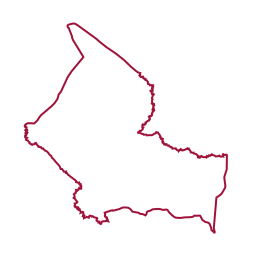 outline of Non Daeng, Nakhon Ratchasima, Thailand, rotated 96°
{"feature_id": "78962969B77255700381962", "entity_name": "Non Daeng", "entity_type": "district", "adm_level": 2, "iso_a3": "THA", "parent_name": "Thailand", "parent_adm1": "Nakhon Ratchasima", "projection": "robinson", "projection_center": [102.541, 15.454], "detail": "fine", "context": "isolated", "style": "outline", "palette": "rose", "viewbox_px": 256, "rotation_deg": 96, "n_neighbors": 0, "source": "geoboundaries", "source_scale": "gbopen_adm2", "svg_char_len": 5939}
<svg xmlns="http://www.w3.org/2000/svg" viewBox="0 0 256 256"><g transform="rotate(96 128 128)"><path d="M72.1,121.6L71.7,123.8L70.4,126.1L66.8,131.4L60.8,139.1L55.2,147.9L50.0,157.7L44.8,165.9L42.7,168.7L31.5,188.1L30.0,191.1L29.7,193.1L31.0,197.0L32.1,198.7L32.7,198.8L34.0,198.4L34.6,197.9L34.8,197.3L42.7,193.3L44.6,192.8L46.5,191.7L60.7,180.8L62.2,179.8L77.3,189.9L83.7,193.3L98.4,198.3L100.6,199.5L101.7,200.4L106.5,201.2L110.8,203.5L114.3,206.3L124.2,215.7L126.3,217.1L130.2,219.1L133.3,221.8L133.5,226.6L133.8,228.4L135.3,230.4L135.8,230.2L136.7,230.9L137.3,230.9L137.6,230.6L137.7,229.3L138.2,228.9L138.9,229.2L140.1,229.1L140.7,229.9L141.0,229.9L141.1,229.3L140.3,228.5L140.3,228.1L140.8,227.9L141.4,228.2L141.8,229.2L142.5,229.0L143.2,227.5L144.4,228.1L144.3,229.4L144.7,229.3L145.1,228.6L145.5,228.4L146.0,228.6L146.7,229.6L148.1,229.2L148.1,227.7L148.3,227.3L148.9,228.0L150.3,228.3L150.7,227.6L150.8,226.3L152.0,225.5L152.5,224.4L153.3,224.5L154.3,222.8L154.2,222.2L154.8,221.6L154.0,220.6L153.9,219.3L152.6,218.7L152.4,218.1L155.0,216.0L155.3,215.1L156.1,215.0L156.2,212.4L157.3,211.8L157.2,210.3L157.9,209.9L158.3,209.0L159.0,208.5L159.7,206.3L161.0,204.7L162.8,203.2L163.8,201.4L165.4,200.7L166.5,199.1L169.6,196.0L172.5,192.6L173.9,191.6L175.8,190.7L175.7,189.3L178.2,187.0L177.8,185.0L179.2,185.0L179.2,184.0L180.9,182.6L181.3,181.4L182.1,180.7L183.1,178.8L185.6,174.7L186.2,174.1L187.3,174.0L187.2,172.9L187.7,172.0L187.3,170.8L188.8,170.5L188.7,169.3L189.3,169.2L189.8,168.7L190.5,169.3L191.2,168.3L191.5,168.4L191.6,169.0L192.1,169.2L192.4,169.0L192.6,168.3L193.1,168.1L193.4,168.4L193.0,170.6L193.3,170.8L194.4,170.7L195.5,171.7L195.5,172.1L195.0,172.7L195.0,173.2L196.4,172.6L197.1,173.3L198.2,173.2L198.8,174.5L199.6,175.0L200.4,174.3L202.0,173.8L202.8,173.9L202.9,174.6L203.2,174.8L204.4,172.8L205.4,172.2L206.7,170.7L207.2,170.7L208.5,172.2L208.7,173.1L210.3,172.5L210.9,173.0L211.5,172.9L212.2,172.1L212.2,171.2L213.2,170.4L213.0,170.1L212.0,170.0L212.2,169.1L213.9,169.5L214.6,168.7L213.7,168.2L213.7,167.6L215.4,166.9L216.3,165.9L217.3,166.2L217.0,165.5L216.2,164.6L216.4,163.7L217.9,163.5L218.4,163.2L219.4,163.6L219.6,163.3L219.3,162.5L219.5,162.3L220.7,163.5L221.3,162.4L222.3,162.3L220.7,159.9L221.3,157.6L220.1,157.5L219.2,157.0L219.2,155.8L220.0,154.8L219.4,153.9L219.9,152.9L220.4,152.5L220.6,149.9L220.9,149.2L221.3,149.1L222.7,149.7L223.4,149.6L224.1,148.4L224.1,146.9L225.2,147.3L225.4,146.2L226.2,145.6L226.3,144.9L225.6,144.5L224.5,144.5L223.5,143.7L223.4,142.4L222.7,139.9L222.9,138.0L222.0,138.6L221.2,138.6L220.6,139.7L219.8,139.4L219.1,139.7L219.1,140.7L218.4,141.1L218.3,141.7L217.3,141.9L216.6,141.6L215.6,142.0L215.1,141.8L214.6,142.2L211.8,136.1L211.5,135.1L211.8,134.9L211.6,133.7L209.6,128.3L208.1,125.8L207.4,124.0L207.2,119.7L208.3,117.3L209.2,116.2L210.7,115.0L211.2,108.6L212.1,107.2L212.1,104.3L213.1,101.5L211.8,100.7L209.6,100.4L208.9,99.9L208.0,97.3L206.3,95.0L205.3,89.8L205.3,87.3L205.8,85.0L205.1,81.1L205.5,80.0L207.6,78.3L210.2,75.0L211.6,72.7L212.2,71.0L212.0,66.6L211.0,62.5L210.1,56.2L209.4,54.0L208.2,52.9L208.1,50.6L207.6,47.4L208.0,46.8L211.8,44.3L212.5,42.7L213.2,41.8L213.9,38.0L215.1,36.6L219.2,34.6L220.8,34.3L222.9,31.3L223.7,31.0L222.2,30.9L219.4,32.0L218.2,32.2L187.9,32.8L185.0,29.3L183.7,28.2L181.5,27.0L177.0,25.1L174.5,25.3L167.7,27.0L166.2,27.0L158.8,25.5L144.7,26.8L144.2,27.3L145.0,30.0L144.1,30.3L144.1,30.8L144.4,30.9L145.3,30.5L145.7,30.7L146.4,30.4L146.2,31.3L146.9,32.5L146.7,33.3L145.9,34.2L146.6,35.4L147.1,37.8L146.2,39.4L146.0,41.2L145.4,41.9L145.8,42.4L146.4,42.6L146.5,43.3L147.1,43.6L146.8,44.7L147.9,45.2L147.6,46.7L147.8,46.8L148.4,46.4L149.2,46.8L148.9,47.9L149.1,50.0L149.0,51.2L148.5,51.5L148.2,52.1L148.6,52.8L148.8,53.7L149.8,53.3L150.1,53.5L150.1,54.0L149.8,54.4L149.9,55.4L148.1,55.6L147.9,56.2L146.8,57.5L146.5,59.7L145.6,60.2L146.0,61.5L145.5,62.5L145.6,63.1L144.7,63.3L143.3,64.5L143.0,65.2L142.2,65.3L142.4,66.1L141.9,66.6L142.0,66.9L142.8,67.4L142.8,68.0L143.7,69.1L144.6,71.3L144.6,72.0L143.7,72.6L143.5,73.5L144.4,73.8L144.4,74.3L145.7,75.1L145.0,75.4L145.0,76.8L144.1,77.5L144.0,78.1L143.3,78.4L143.3,79.3L143.9,81.7L142.6,82.4L142.3,83.0L142.6,83.5L142.0,84.4L142.0,85.0L141.0,85.6L141.3,86.9L140.7,87.7L140.1,87.9L140.1,89.1L140.7,89.2L140.5,90.4L139.9,90.5L139.0,91.1L139.1,92.0L137.8,92.5L137.5,92.5L137.4,92.0L137.0,92.3L135.2,92.2L135.3,93.9L134.6,93.7L134.0,95.0L133.4,94.7L132.9,94.8L132.5,95.4L131.0,96.1L130.6,97.0L129.4,97.6L129.4,98.8L129.7,99.2L129.3,99.5L129.4,99.8L130.2,100.0L132.7,103.5L132.9,106.4L133.4,108.4L132.7,109.2L132.8,110.7L133.1,111.4L132.3,112.7L132.4,113.3L131.6,116.0L131.7,117.4L131.2,117.5L130.5,116.5L129.6,116.1L129.6,115.0L129.3,114.6L127.5,113.2L126.8,113.3L125.8,112.8L125.7,113.1L126.2,113.6L126.0,113.8L124.7,113.8L124.1,114.1L122.8,113.7L122.9,112.8L123.2,112.3L122.5,111.7L122.5,111.1L121.8,110.9L121.3,111.2L120.7,111.2L120.5,110.4L119.2,109.6L118.3,107.8L117.5,107.9L116.9,107.2L116.4,107.2L116.0,107.6L115.0,107.5L114.6,108.4L114.0,108.0L113.5,105.9L112.4,105.4L111.4,105.9L110.7,105.7L110.0,105.1L109.6,105.3L108.6,105.0L108.3,104.2L107.8,103.8L107.2,104.4L107.4,105.5L107.2,105.6L106.3,105.4L106.4,104.7L106.2,104.3L104.5,105.1L103.3,105.2L102.9,104.3L101.4,104.6L101.2,105.1L101.8,105.5L101.8,106.0L101.2,106.9L100.5,106.6L97.9,107.0L96.9,106.6L96.2,107.2L95.5,107.3L94.6,106.9L92.9,106.9L92.2,106.0L91.8,105.8L91.6,106.1L91.6,107.7L91.4,107.8L90.8,107.4L90.6,107.9L89.7,108.6L89.2,108.7L88.7,109.5L88.4,109.2L88.6,107.7L88.4,107.3L87.6,107.7L86.8,107.5L86.3,108.3L85.4,108.2L85.2,107.6L84.6,107.6L84.2,107.2L83.8,107.3L83.6,108.2L82.9,107.8L82.8,108.8L83.1,109.5L83.2,110.7L82.5,110.9L82.0,112.7L81.0,113.0L80.6,112.8L79.8,113.2L78.6,114.6L78.5,115.4L77.7,115.5L77.8,116.2L77.2,116.4L77.3,117.1L76.9,117.5L76.9,118.0L75.4,118.3L75.5,119.4L76.0,120.3L75.8,120.9L74.4,122.2L73.9,121.9L73.7,121.4L72.5,121.8L72.1,121.6Z" fill="none" stroke="#9f1239" stroke-width="2"/></g></svg>